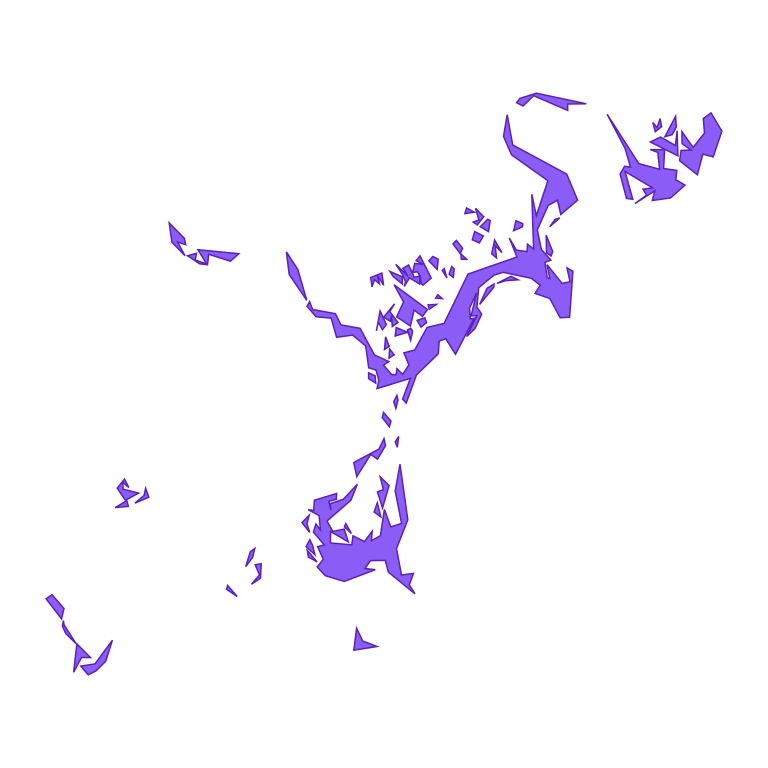 outline of Rock Islands, Palau
{"feature_id": "81905179B25065420091435", "entity_name": "Rock Islands", "entity_type": "district", "adm_level": 2, "iso_a3": "PLW", "parent_name": "Palau", "parent_adm1": "", "projection": "albers", "projection_center": [134.386, 7.235], "detail": "fine", "context": "isolated", "style": "filled", "palette": "violet", "viewbox_px": 768, "rotation_deg": 0, "n_neighbors": 0, "source": "geoboundaries", "source_scale": "gbopen_adm2", "svg_char_len": 6157}
<svg xmlns="http://www.w3.org/2000/svg" viewBox="0 0 768 768"><path d="M547.9,180.7L536.3,215.7L531.8,194.2L533.6,249.1L527.5,244.2L527.1,251.6L516.4,250.1L509.3,238.0L517.0,257.0L468.0,274.1L444.1,323.4L427.1,327.4L414.7,350.0L403.9,352.8L408.9,365.0L402.6,374.3L396.9,368.7L396.1,374.7L391.7,374.6L383.4,365.1L388.9,361.6L374.5,355.0L360.1,328.3L341.0,324.9L335.4,313.7L312.6,309.5L309.6,301.7L307.0,306.3L316.0,316.7L331.2,318.2L336.6,337.3L352.7,335.1L365.7,346.0L368.7,367.8L376.0,370.1L378.9,380.5L377.0,388.6L410.4,378.3L402.6,399.1L406.2,403.1L416.5,374.9L438.3,353.8L439.2,341.2L445.7,338.7L455.5,354.3L474.1,318.3L470.4,318.9L469.5,308.1L476.6,292.9L471.1,315.9L476.9,315.7L466.6,336.5L474.9,328.7L481.7,314.1L476.9,307.1L478.7,287.7L494.0,275.1L503.1,272.3L531.3,278.3L540.3,285.2L535.0,293.4L549.8,298.5L560.2,317.8L569.6,317.2L572.9,271.3L567.0,267.8L570.0,281.8L562.0,283.3L547.0,264.7L549.9,278.7L547.3,277.8L544.9,262.4L550.9,260.1L541.4,249.5L537.3,229.9L548.2,205.4L557.5,200.2L560.8,214.5L577.6,200.1L566.7,174.1L512.7,144.9L507.2,114.7L503.5,136.4L511.6,154.9L547.9,180.7ZM324.3,544.9L317.6,546.6L323.3,559.3L317.2,567.0L325.3,575.7L344.2,581.4L375.3,569.7L364.9,568.5L370.6,560.6L385.2,560.4L388.4,572.1L415.0,593.9L409.3,584.8L413.5,573.4L401.5,575.0L396.5,548.6L407.8,519.8L400.0,464.2L395.2,491.0L401.6,523.4L390.7,526.9L384.4,509.4L380.4,535.7L371.4,540.7L372.2,531.3L364.4,541.6L353.0,535.8L351.8,544.8L330.4,543.0L330.6,531.5L348.3,541.9L344.2,529.1L332.8,531.4L327.0,521.0L350.9,500.3L357.3,484.3L343.3,499.3L330.2,503.7L331.0,510.0L328.8,501.4L336.3,499.3L336.6,493.5L314.4,500.2L313.7,510.6L308.1,509.6L319.1,515.6L320.4,530.0L315.9,524.0L313.4,532.1L324.3,544.9ZM625.0,171.5L652.6,187.9L643.0,189.2L646.6,195.1L634.9,203.6L654.8,190.8L652.3,200.5L670.6,197.9L685.0,185.1L675.8,179.7L676.8,170.4L663.6,168.5L664.6,149.7L650.3,149.6L657.8,152.3L659.6,169.3L638.8,163.6L607.1,114.2L625.0,148.2L630.5,167.1L624.6,166.3L620.1,174.0L626.5,198.4L632.8,199.3L625.0,171.5ZM703.3,118.5L704.5,133.1L693.1,147.4L681.9,131.6L682.1,143.7L691.2,150.1L681.1,150.4L679.6,160.7L697.4,174.8L702.8,154.1L713.2,156.9L721.9,131.1L711.0,112.9L703.3,118.5ZM396.6,316.8L410.4,326.0L414.1,310.1L422.5,316.4L427.5,309.5L394.1,284.8L403.6,302.0L396.6,316.8ZM567.7,110.4L567.7,104.0L586.3,103.8L536.4,93.2L519.9,98.4L516.6,102.7L523.0,106.0L533.6,95.7L567.7,110.4ZM207.5,264.7L208.7,254.3L230.4,261.2L238.9,253.7L197.9,249.7L206.7,264.0L195.2,260.0L196.5,253.3L187.6,255.7L199.6,263.8L207.5,264.7ZM420.0,255.9L416.2,260.6L423.1,264.3L414.8,263.4L412.6,272.4L417.5,271.8L420.2,276.1L421.0,283.4L423.1,285.1L431.2,278.0L420.0,255.9ZM306.8,300.4L297.8,269.4L286.4,251.9L289.2,274.5L306.8,300.4ZM185.0,255.7L177.5,242.0L185.7,244.7L184.4,238.4L169.2,222.9L171.9,242.2L185.0,255.7ZM677.9,155.8L677.1,130.8L675.4,145.4L660.5,137.1L650.3,142.0L677.9,155.8ZM356.8,476.6L370.7,454.4L377.5,459.2L385.6,445.5L384.0,438.6L379.0,449.0L353.8,462.5L356.8,476.6ZM353.8,650.2L377.0,646.5L362.7,641.0L356.6,628.3L353.8,650.2ZM95.0,663.9L80.7,666.1L88.2,674.8L95.9,671.0L105.7,661.3L112.4,640.2L95.0,663.9ZM404.3,286.4L409.5,277.8L419.7,284.1L419.9,276.0L414.3,277.3L408.6,265.0L402.9,268.3L408.1,276.4L395.8,264.3L402.5,274.5L405.5,281.9L404.3,286.4ZM61.5,618.9L64.0,608.6L52.0,594.7L46.1,598.8L61.5,618.9ZM392.3,326.5L398.0,322.5L389.8,311.6L394.6,303.8L383.7,317.1L390.3,321.3L391.5,315.5L392.3,326.5ZM125.4,500.3L138.6,493.1L123.0,489.2L122.8,482.3L128.8,487.5L124.5,479.1L117.2,488.1L125.4,500.3ZM382.5,508.1L389.1,485.5L380.2,476.9L383.4,489.6L377.5,491.9L382.5,508.1ZM376.4,330.9L378.2,322.0L382.4,329.6L386.4,324.6L380.1,310.9L376.4,330.9ZM372.0,286.9L374.5,279.6L379.5,283.9L377.3,275.1L383.6,285.3L381.9,273.1L370.7,277.5L372.0,286.9ZM496.5,257.9L495.2,245.7L502.0,252.7L494.6,240.0L491.7,253.8L496.5,257.9ZM73.6,672.3L81.5,657.5L90.5,657.6L76.9,643.9L73.6,672.3ZM251.4,584.3L260.5,578.2L261.2,563.7L255.2,564.8L259.5,574.8L251.4,584.3ZM546.2,235.2L546.5,252.8L551.1,256.0L552.7,251.6L546.2,235.2ZM477.3,224.9L483.7,216.8L475.5,208.3L478.9,220.0L473.2,222.1L477.3,224.9ZM437.2,269.4L438.2,259.2L432.8,256.5L428.9,260.9L437.2,269.4ZM488.5,231.6L490.2,220.6L487.8,219.2L480.3,226.7L488.5,231.6ZM421.0,327.1L426.5,322.7L424.8,317.8L417.1,320.4L421.0,327.1ZM479.7,304.4L493.9,287.1L494.0,284.0L487.0,288.3L479.7,304.4ZM76.0,643.6L64.0,624.7L63.4,620.5L62.4,626.1L65.8,633.6L76.0,643.6ZM559.8,217.9L555.0,219.5L549.7,226.7L559.8,217.9ZM402.4,284.1L402.1,276.8L389.9,271.4L393.1,276.4L402.4,284.1ZM395.2,336.0L407.6,332.3L396.2,327.5L395.2,336.0ZM374.1,512.0L380.9,516.9L377.3,502.8L374.1,512.0ZM664.9,136.7L672.1,134.7L676.3,127.2L675.6,116.3L664.9,136.7ZM497.0,283.4L505.4,280.7L518.1,279.8L511.0,276.3L497.0,283.4ZM309.7,532.4L307.0,523.7L309.2,515.2L302.0,522.6L309.7,532.4ZM479.3,242.9L483.4,236.0L474.7,231.6L472.3,239.8L479.3,242.9ZM383.5,412.4L382.2,417.6L389.4,426.8L391.0,421.1L383.5,412.4ZM460.2,253.6L462.6,248.3L456.4,240.4L453.0,243.9L460.2,253.6ZM429.4,309.1L436.4,304.4L428.1,304.9L429.4,309.1ZM655.3,131.7L661.6,126.7L660.1,118.6L657.1,127.6L652.8,122.5L655.3,131.7ZM410.7,340.3L412.6,331.1L410.6,328.2L407.4,330.0L410.7,340.3ZM375.8,383.2L375.1,375.8L368.6,372.8L368.6,378.6L375.8,383.2ZM226.6,589.3L237.2,596.5L227.6,585.5L226.6,589.3ZM384.5,349.5L389.2,346.3L385.6,336.8L384.5,349.5ZM513.6,230.7L522.5,226.8L522.8,223.7L516.0,220.8L513.6,230.7ZM134.9,503.1L148.8,497.3L145.6,488.2L144.1,495.4L134.9,503.1ZM314.9,554.7L312.6,545.4L309.8,539.7L306.1,546.6L314.9,554.7ZM453.3,277.4L454.2,268.9L451.7,266.5L449.1,274.2L453.3,277.4ZM308.4,557.0L317.1,561.9L307.3,550.4L308.4,557.0ZM245.7,566.6L252.6,557.4L254.8,548.4L250.3,551.8L245.7,566.6ZM115.2,507.6L128.4,506.4L126.8,500.7L115.2,507.6ZM389.0,358.2L394.2,354.8L389.6,348.9L389.0,358.2ZM344.4,526.8L351.4,533.5L345.8,523.6L344.4,526.8ZM395.9,408.4L398.0,400.0L396.9,395.4L393.7,401.7L395.9,408.4ZM464.9,213.6L474.3,212.2L466.6,208.0L464.9,213.6ZM461.2,259.2L466.7,259.3L461.1,254.1L461.2,259.2ZM395.3,441.8L397.3,447.3L398.7,436.4L395.3,441.8ZM442.3,270.4L446.9,278.0L444.2,268.6L442.3,270.4ZM435.6,298.1L442.2,298.6L437.8,294.7L435.6,298.1Z" fill="#8b5cf6" stroke="#5b21b6" stroke-width="1.5"/></svg>